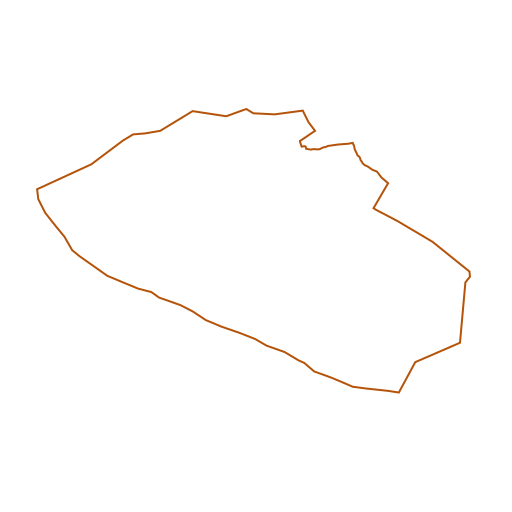 the district of Emure, Ekiti, Nigeria, rotated 84°
{"feature_id": "59680162B54887547034560", "entity_name": "Emure", "entity_type": "district", "adm_level": 2, "iso_a3": "NGA", "parent_name": "Nigeria", "parent_adm1": "Ekiti", "projection": "robinson", "projection_center": [5.496, 7.408], "detail": "fine", "context": "isolated", "style": "outline", "palette": "amber", "viewbox_px": 512, "rotation_deg": 84, "n_neighbors": 0, "source": "geoboundaries", "source_scale": "gbopen_adm2", "svg_char_len": 1347}
<svg xmlns="http://www.w3.org/2000/svg" viewBox="0 0 512 512"><g transform="rotate(84 256 256)"><path d="M293.8,45.3L260.3,79.0L236.0,111.7L222.4,132.1L220.7,134.1L197.4,117.0L191.1,123.0L184.7,126.9L182.3,131.4L179.0,135.1L176.9,138.5L174.9,140.3L173.3,140.9L171.7,141.9L169.6,142.3L168.1,142.8L166.8,144.3L165.2,145.0L163.9,145.2L162.2,146.0L159.8,146.7L156.4,147.0L154.3,147.9L153.6,148.0L154.0,152.2L153.7,163.0L154.1,173.1L154.8,175.2L155.0,176.0L154.9,177.0L155.4,178.9L156.3,181.2L156.5,183.1L155.7,187.6L155.9,190.1L155.6,191.7L155.1,193.1L154.6,194.9L152.3,195.2L151.9,196.1L151.9,197.5L151.9,198.3L152.0,199.1L151.2,199.4L150.0,199.6L149.1,199.8L147.0,200.3L146.2,200.3L146.0,199.8L137.7,184.2L128.4,189.8L116.3,194.3L117.1,222.5L113.8,243.7L108.8,250.3L113.9,271.0L105.3,303.9L121.5,338.2L122.5,353.6L122.2,365.5L127.3,376.3L147.6,410.2L166.7,466.7L176.6,466.6L191.1,461.1L205.6,451.9L216.8,444.5L231.0,438.2L237.7,431.6L260.2,405.9L268.2,391.3L276.1,376.7L280.9,363.9L287.3,356.6L296.9,336.4L304.4,324.9L314.5,312.6L322.6,297.8L323.0,297.0L330.8,280.3L336.3,269.7L338.7,265.1L340.1,263.3L346.3,254.8L354.5,237.6L364.1,224.8L367.3,219.3L376.9,210.2L384.9,193.7L393.4,178.3L396.1,173.6L399.2,160.8L403.9,138.9L406.7,128.2L378.2,108.7L363.6,62.2L304.1,50.5L299.0,45.4L293.8,45.3Z" fill="none" stroke="#b45309" stroke-width="2"/></g></svg>